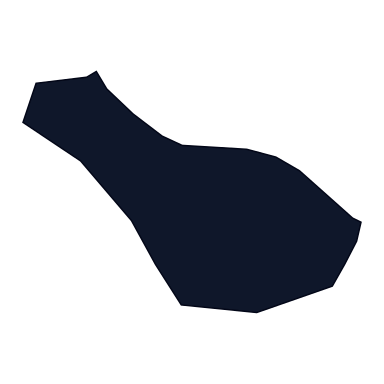 SVG path tracing the border of Sumqayıt
{"feature_id": "AZE-1717", "entity_name": "Sumqayıt", "entity_type": "Municipality", "adm_level": 1, "iso_a3": "AZE", "parent_name": "Azerbaijan", "parent_adm1": "", "projection": "albers", "projection_center": [49.598, 40.601], "detail": "fine", "context": "isolated", "style": "filled", "palette": "ink", "viewbox_px": 384, "rotation_deg": 0, "n_neighbors": 0, "source": "natural_earth", "source_scale": "10m", "svg_char_len": 385}
<svg xmlns="http://www.w3.org/2000/svg" viewBox="0 0 384 384"><path d="M96.3,71.5L106.7,88.9L133.1,114.0L162.1,136.1L182.1,145.4L246.8,149.3L275.9,157.1L299.5,170.8L352.6,218.1L361.0,222.2L356.6,241.2L344.8,264.0L332.3,286.1L256.7,312.5L181.3,304.9L155.5,264.4L131.5,220.6L80.6,160.9L23.0,122.4L36.1,83.3L86.7,77.2L96.3,71.5Z" fill="#0f172a" stroke="#020617" stroke-width="1.5"/></svg>